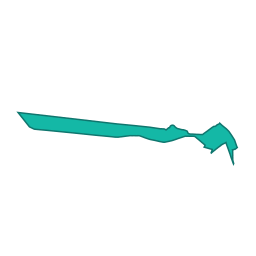 Maadi, Al Qahirah, Egypt, rotated 189°
{"feature_id": "37247803B90563077233192", "entity_name": "Maadi", "entity_type": "district", "adm_level": 2, "iso_a3": "EGY", "parent_name": "Egypt", "parent_adm1": "Al Qahirah", "projection": "equal_earth", "projection_center": [31.283, 29.963], "detail": "fine", "context": "isolated", "style": "filled", "palette": "teal", "viewbox_px": 256, "rotation_deg": 189, "n_neighbors": 0, "source": "geoboundaries", "source_scale": "gbopen_adm2", "svg_char_len": 4386}
<svg xmlns="http://www.w3.org/2000/svg" viewBox="0 0 256 256"><g transform="rotate(189 128 128)"><path d="M17.0,125.9L17.6,126.6L20.9,132.8L24.3,136.7L27.8,140.4L30.8,142.6L35.5,145.3L38.0,147.0L38.0,146.9L39.2,145.9L40.0,145.4L40.4,145.2L40.7,144.8L41.1,144.3L41.2,144.2L41.3,144.0L42.2,143.2L43.2,143.1L43.5,143.0L44.2,142.4L44.9,141.8L45.3,141.3L45.5,141.2L45.8,140.9L46.0,140.6L46.3,140.4L46.4,140.2L46.7,139.9L47.1,139.6L47.4,139.2L47.7,138.9L48.2,138.5L48.8,137.7L49.5,137.1L50.0,136.6L50.5,136.1L50.9,135.7L51.2,135.4L51.7,134.9L51.9,134.7L52.4,134.2L52.6,133.9L52.9,133.6L53.1,133.5L53.2,133.4L53.4,133.2L53.6,133.2L53.8,133.1L54.4,133.1L55.0,132.9L55.3,132.9L56.2,132.8L57.3,132.7L58.2,132.6L58.3,132.5L59.9,132.4L61.0,132.3L64.0,132.0L66.0,131.7L66.3,131.8L66.5,131.8L66.9,131.9L67.0,131.9L67.3,132.0L67.5,132.1L67.8,132.3L68.0,132.5L68.2,132.8L68.3,132.8L68.9,134.0L69.0,134.1L71.2,134.7L71.4,134.7L71.9,134.8L72.3,134.8L72.7,134.9L73.3,134.9L74.2,134.8L75.1,134.8L75.5,134.9L76.0,134.9L76.8,135.0L77.5,135.1L78.2,135.1L78.8,135.2L79.3,135.3L79.8,135.4L80.0,135.5L80.7,135.9L81.2,136.2L81.7,136.5L82.0,136.7L82.2,136.9L82.6,137.3L83.0,137.5L83.5,137.7L84.0,137.8L84.3,137.8L84.7,137.7L85.0,137.6L85.3,137.5L85.5,137.3L85.8,137.2L86.1,136.9L86.4,136.5L86.6,136.3L86.7,136.1L86.7,135.8L86.8,135.5L86.9,135.2L87.0,134.9L87.3,134.7L87.5,134.6L87.8,134.6L88.0,134.5L88.1,134.3L88.4,134.0L89.6,132.6L89.9,132.2L90.1,132.1L90.3,132.1L90.6,132.2L90.9,132.3L91.2,132.5L91.4,132.6L91.9,132.7L92.4,132.7L93.4,132.6L94.1,132.5L94.8,132.5L95.5,132.3L105.3,132.2L105.6,132.2L106.5,132.2L108.3,132.1L121.7,131.4L136.4,130.5L139.4,130.3L239.0,126.1L225.5,113.7L220.4,112.2L215.4,112.5L208.2,113.0L184.5,114.4L181.1,114.6L159.1,115.8L143.4,116.8L139.2,117.0L138.8,117.1L137.8,117.2L136.4,117.4L135.7,117.6L134.4,118.0L133.2,118.3L131.5,118.8L129.5,119.4L128.2,119.8L127.0,120.1L125.0,120.7L124.0,120.9L122.8,121.0L121.9,121.2L120.7,121.4L119.9,121.5L118.3,121.7L116.8,122.0L116.2,122.1L115.4,122.1L115.1,122.1L114.8,122.1L114.1,121.9L112.0,121.5L110.2,121.1L108.6,120.8L105.1,120.2L103.6,120.1L100.4,120.0L97.2,119.8L95.0,119.6L94.1,119.6L91.2,119.5L90.1,119.6L89.3,119.8L87.7,120.4L85.3,121.3L84.9,121.5L83.1,122.2L82.2,122.6L79.3,124.1L76.4,125.7L73.4,127.2L71.1,128.4L69.7,129.0L69.0,129.0L68.9,129.0L68.7,129.0L68.2,129.1L67.8,129.2L67.5,129.3L66.2,129.4L64.7,129.7L62.5,130.0L61.7,130.1L61.4,130.2L61.1,130.1L60.9,130.1L60.7,130.1L60.4,129.9L60.1,129.8L60.0,129.7L59.9,129.7L59.7,129.6L58.4,128.7L56.3,127.5L55.2,126.8L54.0,126.1L52.8,125.3L51.7,124.7L50.3,123.8L49.6,123.4L49.4,123.3L49.4,123.2L49.2,122.9L49.2,122.7L49.8,121.0L42.4,120.1L41.4,120.0L41.5,119.0L41.8,117.5L41.9,116.7L42.0,116.5L41.8,116.3L41.1,117.2L40.4,118.0L39.6,118.9L39.4,119.1L38.9,119.6L37.1,121.7L36.9,121.8L36.7,122.1L36.5,122.3L36.4,122.4L36.2,122.6L36.1,122.8L35.6,123.3L35.1,123.7L34.7,124.2L34.2,124.6L34.1,124.8L33.9,124.9L33.9,125.0L33.7,125.2L33.6,125.3L33.5,125.5L33.4,125.7L33.3,125.9L33.2,125.9L33.2,126.0L32.9,126.1L32.6,126.3L32.3,126.6L32.2,126.6L32.0,126.8L31.9,126.8L31.8,127.0L31.7,127.1L31.4,127.3L30.3,128.0L29.0,129.0L28.9,128.7L28.7,128.4L28.6,128.2L28.5,127.9L28.3,127.7L28.2,127.5L28.2,127.4L27.9,126.9L27.7,126.5L27.5,126.1L27.2,125.6L26.9,125.1L26.7,124.7L26.4,124.2L26.2,123.8L25.8,123.1L25.4,122.4L25.1,121.7L24.8,121.2L24.3,120.4L24.2,120.1L23.9,119.6L23.8,119.4L23.5,118.8L23.1,118.2L23.0,117.9L22.7,117.3L22.4,116.7L22.0,115.9L21.6,115.1L21.4,114.7L21.1,114.2L20.9,113.9L20.8,113.6L20.7,113.5L20.6,113.4L20.3,112.8L20.0,112.2L19.7,111.7L19.4,111.1L18.9,110.2L18.2,109.0L18.1,109.4L18.1,109.6L18.2,109.8L18.3,109.9L18.3,110.0L18.5,110.2L18.5,110.3L18.6,110.5L18.7,110.8L18.8,111.0L19.0,111.5L19.2,111.8L19.2,112.0L19.3,112.1L19.4,112.3L19.4,112.5L19.5,112.8L19.6,113.1L19.6,113.3L19.7,113.6L19.7,113.8L19.8,113.9L19.8,114.1L19.8,114.4L19.8,114.5L19.9,114.8L19.9,115.2L20.0,115.4L20.0,115.6L20.1,115.8L20.1,116.0L20.2,117.0L20.3,117.4L20.3,117.7L20.4,118.1L20.5,118.5L20.6,119.0L20.6,119.4L20.8,120.4L20.9,120.8L21.0,121.3L21.0,121.7L21.1,122.2L21.1,122.3L21.2,122.5L21.3,122.7L21.2,122.7L21.1,122.8L20.9,122.9L20.7,123.0L20.4,123.1L20.2,123.2L20.1,123.3L19.9,123.4L19.8,123.5L19.5,123.6L19.4,123.7L19.2,123.7L19.2,123.8L18.9,123.9L18.8,124.0L18.7,124.0L18.4,124.3L18.2,124.5L17.9,124.8L17.7,125.0L17.0,125.9L17.0,125.9Z" fill="#14b8a6" stroke="#0f766e" stroke-width="1.5"/></g></svg>